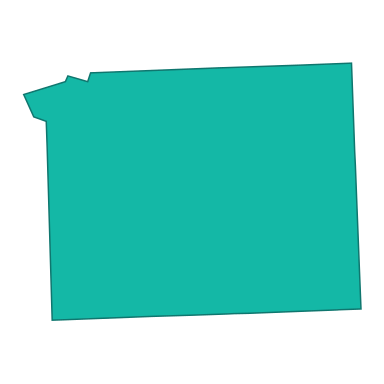 outline of Amite, Mississippi, United States of America, rotated 358°
{"feature_id": "52423323B37899299883293", "entity_name": "Amite", "entity_type": "district", "adm_level": 2, "iso_a3": "USA", "parent_name": "United States of America", "parent_adm1": "Mississippi", "projection": "orthographic", "projection_center": [-90.779, 31.174], "detail": "fine", "context": "isolated", "style": "filled", "palette": "teal", "viewbox_px": 384, "rotation_deg": 358, "n_neighbors": 0, "source": "geoboundaries", "source_scale": "gbopen_adm2", "svg_char_len": 573}
<svg xmlns="http://www.w3.org/2000/svg" viewBox="0 0 384 384"><g transform="rotate(358 192 192)"><path d="M189.1,315.1L214.4,315.1L216.8,315.1L219.1,315.1L223.1,315.1L229.5,315.0L244.1,315.2L294.3,315.0L295.8,315.0L332.0,314.9L332.8,314.9L334.6,314.8L335.1,314.8L345.0,314.8L356.8,314.8L356.6,273.4L356.3,202.3L356.2,171.5L356.0,157.5L355.9,68.8L304.8,69.0L222.2,68.9L94.8,69.4L91.6,78.1L72.0,71.7L69.3,77.3L27.2,88.7L36.5,111.4L48.8,116.3L48.8,141.7L47.8,315.2L58.7,315.2L147.5,314.9L189.0,315.1L189.1,315.1Z" fill="#14b8a6" stroke="#0f766e" stroke-width="1.5"/></g></svg>